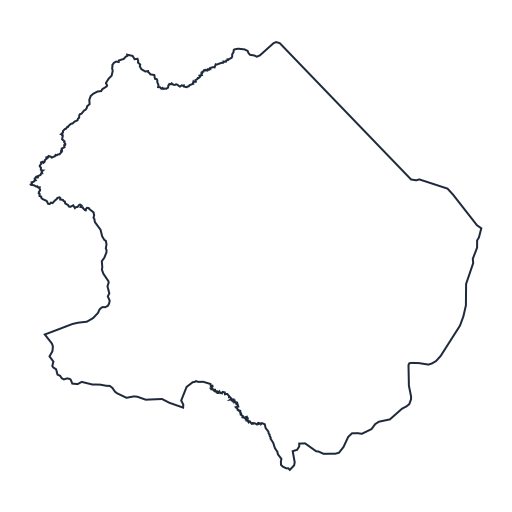 the district of Chipangali, Eastern, Zambia
{"feature_id": "96606910B61559073197846", "entity_name": "Chipangali", "entity_type": "district", "adm_level": 2, "iso_a3": "ZMB", "parent_name": "Zambia", "parent_adm1": "Eastern", "projection": "albers", "projection_center": [32.482, -13.317], "detail": "fine", "context": "isolated", "style": "outline", "palette": "slate", "viewbox_px": 512, "rotation_deg": 0, "n_neighbors": 0, "source": "geoboundaries", "source_scale": "gbopen_adm2", "svg_char_len": 5834}
<svg xmlns="http://www.w3.org/2000/svg" viewBox="0 0 512 512"><path d="M477.0,225.3L453.0,194.6L447.5,188.6L419.3,179.4L416.3,180.3L411.1,179.5L279.7,43.1L276.0,42.1L273.4,43.3L260.0,55.3L256.8,56.7L254.4,55.5L250.0,54.8L248.5,53.1L247.6,50.9L244.5,49.4L238.3,48.7L234.4,49.4L233.7,50.1L233.5,52.3L232.2,54.2L232.2,56.5L231.6,57.8L228.7,59.3L227.8,59.3L228.0,60.0L226.3,60.5L225.9,61.7L223.6,61.5L223.8,62.1L223.1,62.8L221.6,62.8L216.6,64.6L215.7,64.3L214.6,67.4L213.1,67.1L210.3,68.0L210.3,69.0L209.5,68.7L209.2,69.5L207.9,69.3L208.0,70.1L207.2,70.6L206.7,70.1L205.6,70.4L205.4,69.9L204.0,70.2L203.5,71.6L202.4,71.7L202.2,72.9L201.5,72.8L201.4,74.0L201.9,75.1L199.5,75.6L200.1,76.7L198.7,78.0L197.8,78.0L197.5,78.9L195.3,80.3L195.8,81.7L193.7,82.0L193.4,81.6L192.9,83.3L193.2,83.8L189.5,85.2L188.8,86.3L187.3,86.6L186.8,87.2L184.0,86.6L183.8,85.4L182.9,85.8L181.9,85.3L179.9,86.6L177.1,84.6L176.1,84.3L175.0,84.9L173.4,84.8L171.7,83.4L171.1,84.2L170.0,83.9L169.6,84.5L169.1,84.3L168.3,85.6L168.1,87.6L166.2,88.8L164.9,88.5L163.2,89.0L162.6,87.9L161.3,88.7L160.0,87.2L158.1,87.1L158.5,85.1L157.3,82.2L157.3,80.4L156.8,79.2L155.0,78.8L154.3,75.0L150.4,74.4L149.3,72.9L148.3,72.3L148.1,71.1L145.3,71.5L141.4,69.2L139.8,66.4L140.2,64.5L138.0,62.6L138.2,60.9L137.5,58.8L134.6,59.2L132.6,55.9L127.2,54.7L127.4,55.9L125.7,56.7L123.8,58.9L118.8,60.5L118.7,62.0L116.0,61.6L113.9,62.8L112.3,65.1L112.5,66.4L112.1,67.9L112.7,71.0L111.6,75.7L108.7,78.6L106.1,82.7L106.0,83.4L107.1,85.3L106.7,86.4L102.3,89.2L101.2,91.1L97.6,91.5L93.3,93.7L90.7,96.0L89.3,99.9L89.6,104.1L87.0,106.4L86.8,108.0L85.5,109.8L84.2,110.4L81.5,113.7L79.9,114.2L79.3,115.2L79.1,117.8L78.0,118.6L77.5,120.3L74.4,121.7L72.6,123.5L70.9,123.8L68.5,126.0L68.1,126.9L67.3,126.9L65.8,128.9L64.9,129.0L62.9,131.1L63.0,132.4L61.1,134.2L62.4,134.6L62.2,135.3L62.8,135.8L62.1,139.3L64.5,141.3L64.2,142.2L65.4,144.1L65.1,145.0L64.2,145.2L64.5,147.2L61.7,148.6L62.0,150.1L61.2,150.4L61.0,151.1L61.8,151.7L59.5,154.3L57.8,154.5L56.7,155.3L55.6,154.9L55.0,156.2L51.6,157.6L50.9,156.7L48.6,156.0L47.5,157.1L46.3,157.4L46.4,158.1L47.2,158.2L44.8,160.2L44.7,161.7L43.5,162.8L42.7,161.7L41.0,162.4L41.4,163.6L39.9,165.4L39.7,166.3L41.0,167.7L40.8,169.7L41.7,170.4L42.9,170.5L41.7,171.5L42.2,173.2L41.3,173.2L40.5,175.0L37.9,176.1L37.9,177.4L37.0,177.5L36.8,176.5L36.2,176.7L34.6,178.9L35.7,180.3L34.3,180.8L33.8,181.7L31.6,182.3L31.9,183.6L30.7,184.5L31.0,184.9L34.1,185.3L36.3,186.6L37.3,186.3L37.9,187.3L39.7,187.3L39.4,188.5L40.1,189.5L40.0,190.6L39.1,191.6L38.7,193.2L39.6,193.8L39.5,196.0L41.2,196.6L41.3,197.8L42.3,198.9L46.7,201.0L48.1,203.8L49.7,204.0L51.0,202.6L52.5,203.1L55.6,199.8L56.5,199.4L57.2,198.1L59.4,197.3L60.3,198.0L60.2,199.5L62.9,199.9L63.6,201.0L64.9,201.6L65.2,203.4L68.1,205.1L69.0,206.6L70.5,206.8L73.2,205.3L74.9,208.1L75.8,207.2L77.5,207.0L79.3,204.8L80.1,204.6L81.6,205.6L80.7,207.0L82.8,207.4L83.1,208.3L85.2,210.3L85.8,210.3L86.0,208.9L87.0,207.8L88.8,208.1L89.2,208.9L93.7,212.5L93.7,214.0L94.2,215.0L93.5,217.6L94.3,218.8L94.9,222.1L100.5,229.7L102.2,236.4L104.3,239.9L105.9,240.9L106.5,244.5L105.8,248.4L106.5,249.9L106.5,252.2L104.3,257.8L101.8,261.2L102.3,267.2L101.9,269.6L103.3,273.6L108.4,281.2L108.7,282.4L107.5,286.4L109.3,293.3L107.8,296.4L109.7,300.7L109.1,303.5L107.9,305.8L105.2,307.2L102.7,307.1L101.5,307.6L99.5,309.5L98.0,312.9L93.2,318.0L86.9,321.7L78.1,322.7L72.4,324.0L44.8,334.5L51.8,343.4L52.5,345.1L52.9,346.9L52.4,351.3L49.5,356.4L53.4,361.6L52.3,366.0L53.2,367.4L56.1,369.3L57.5,374.6L60.1,375.8L61.7,378.2L63.8,379.4L67.2,378.4L69.7,378.9L70.7,379.7L72.3,383.6L77.6,384.1L81.7,381.9L92.3,384.5L99.8,384.6L106.4,385.8L109.7,385.9L112.4,387.9L114.9,391.6L117.1,393.3L126.5,397.8L133.9,396.4L137.3,396.7L145.7,399.7L162.0,399.0L169.4,402.8L183.1,407.6L183.3,404.7L181.2,400.5L186.6,386.9L192.9,382.1L194.5,382.0L196.0,381.1L198.2,381.9L203.3,381.8L210.5,384.0L210.8,386.1L212.4,385.7L212.6,386.4L211.7,388.2L210.7,388.4L211.3,389.3L212.3,388.9L213.1,389.8L213.2,389.4L214.3,389.7L214.7,390.8L215.2,390.3L215.5,391.3L216.2,391.8L216.5,391.6L216.6,392.5L217.6,393.0L217.9,393.0L217.8,391.7L218.7,392.1L219.4,391.4L220.2,393.1L221.3,392.8L222.0,393.3L222.7,391.9L224.8,392.4L225.0,394.3L227.2,393.9L229.1,396.1L229.0,397.2L230.0,397.1L231.5,398.7L230.3,399.6L231.1,399.5L231.5,400.1L231.9,399.5L232.9,401.1L233.0,399.9L233.6,399.5L234.1,400.8L234.6,400.6L234.9,402.3L235.9,402.2L236.2,403.4L237.2,402.9L237.5,404.2L237.1,404.6L237.8,404.9L238.3,406.6L235.8,407.2L238.0,409.6L237.8,410.0L239.4,411.1L239.7,410.6L240.3,410.8L240.2,412.9L240.6,413.7L241.1,413.5L241.3,414.3L240.9,414.8L242.9,416.1L242.5,417.3L244.0,417.6L245.0,417.3L244.5,417.9L245.1,418.4L245.8,418.1L245.7,417.4L246.9,416.9L247.8,418.3L247.5,419.0L246.6,419.0L246.1,419.8L247.2,420.2L247.0,420.6L247.6,420.6L247.9,421.2L248.3,421.0L248.7,422.3L249.8,421.4L251.1,423.1L251.8,423.1L251.9,423.8L253.2,423.7L253.3,423.1L255.1,423.4L256.9,424.5L257.6,424.3L257.3,424.1L258.2,422.9L259.5,423.2L259.7,423.6L261.3,423.3L261.3,423.9L262.1,423.2L264.8,424.3L265.6,428.0L268.3,431.5L268.8,433.7L269.7,434.8L269.6,435.9L270.7,437.5L270.5,438.6L273.2,442.8L274.9,448.1L277.4,451.9L277.9,454.3L281.4,458.9L280.9,461.5L281.0,464.9L282.9,466.7L286.3,468.3L288.3,468.3L289.8,469.9L294.1,465.4L294.7,462.3L292.7,451.2L297.1,449.8L299.2,446.5L299.2,443.6L305.1,443.4L316.2,451.3L318.5,451.5L323.5,453.8L335.4,453.7L339.0,452.7L343.5,447.0L348.2,436.9L352.0,433.3L357.8,433.2L361.8,433.8L371.5,429.1L375.2,424.1L378.9,421.7L389.9,419.4L402.0,408.7L406.6,406.3L409.3,404.1L411.0,399.4L411.1,396.6L408.9,385.7L408.5,365.1L409.2,363.4L411.0,362.9L419.0,363.1L428.4,364.6L431.8,363.5L436.0,361.1L440.7,355.9L460.0,325.6L463.4,316.3L465.9,305.4L466.1,283.9L473.2,263.1L472.8,258.8L477.1,247.6L477.1,240.5L478.9,237.5L481.3,228.3L477.0,225.3Z" fill="none" stroke="#1e293b" stroke-width="2"/></svg>